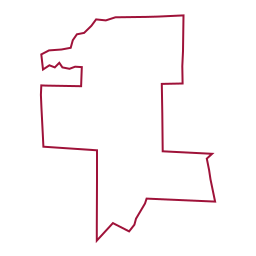 the district of Boa Vista do Sul, Rio Grande do Sul, Brazil
{"feature_id": "56859067B52990644407609", "entity_name": "Boa Vista do Sul", "entity_type": "district", "adm_level": 2, "iso_a3": "BRA", "parent_name": "Brazil", "parent_adm1": "Rio Grande do Sul", "projection": "robinson", "projection_center": [-51.681, -29.359], "detail": "fine", "context": "isolated", "style": "outline", "palette": "rose", "viewbox_px": 256, "rotation_deg": 0, "n_neighbors": 0, "source": "geoboundaries", "source_scale": "gbopen_adm2", "svg_char_len": 681}
<svg xmlns="http://www.w3.org/2000/svg" viewBox="0 0 256 256"><path d="M206.8,158.6L212.1,153.8L162.7,151.3L162.3,113.7L161.8,83.9L182.6,83.5L182.3,66.2L183.0,51.1L183.5,15.4L157.7,16.6L146.6,16.9L115.4,17.3L105.8,20.4L96.1,19.4L91.4,25.8L84.1,32.9L76.9,34.3L72.8,40.2L70.7,47.8L61.5,49.5L49.0,50.4L41.3,54.4L43.0,69.5L49.4,65.3L54.8,67.4L59.3,62.8L62.4,67.4L69.5,68.8L75.1,66.7L81.8,67.1L81.1,86.2L45.6,85.6L41.3,85.4L40.9,94.8L41.4,106.9L42.8,134.3L43.4,146.7L97.0,150.3L97.0,181.5L96.8,226.0L96.8,240.6L112.9,223.1L129.1,231.4L134.4,224.7L136.0,218.7L145.0,203.5L146.6,198.6L215.1,201.6L210.5,179.4L209.1,170.1L206.8,158.6Z" fill="none" stroke="#9f1239" stroke-width="2"/></svg>